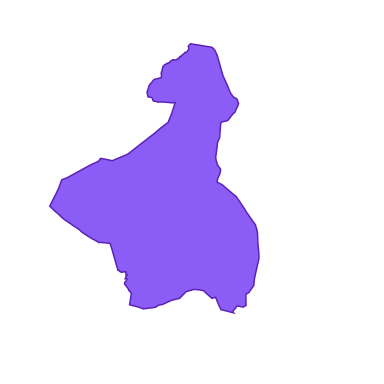 the district of Santo Tomás Ocotepec, Oaxaca, Mexico, rotated 127°
{"feature_id": "50627088B23444844999779", "entity_name": "Santo Tomás Ocotepec", "entity_type": "district", "adm_level": 2, "iso_a3": "MEX", "parent_name": "Mexico", "parent_adm1": "Oaxaca", "projection": "orthographic", "projection_center": [-97.795, 17.12], "detail": "fine", "context": "isolated", "style": "filled", "palette": "violet", "viewbox_px": 384, "rotation_deg": 127, "n_neighbors": 0, "source": "geoboundaries", "source_scale": "gbopen_adm2", "svg_char_len": 3950}
<svg xmlns="http://www.w3.org/2000/svg" viewBox="0 0 384 384"><g transform="rotate(127 192 192)"><path d="M309.2,179.6L311.7,178.2L317.0,175.4L319.6,174.1L318.5,171.1L317.2,168.3L315.7,164.3L315.1,162.4L314.8,160.7L306.2,151.9L302.2,150.4L299.5,147.8L290.9,143.2L284.4,137.9L279.5,137.3L275.1,136.7L268.7,131.9L265.8,127.3L263.9,123.5L265.0,112.1L261.9,109.8L266.4,102.3L268.5,98.0L266.3,92.9L263.5,86.0L263.2,87.2L261.3,87.6L258.2,87.3L255.7,87.3L253.1,81.8L251.8,81.3L250.0,80.6L242.7,86.3L241.3,87.4L238.3,86.1L235.3,86.2L231.4,86.3L229.5,86.4L224.3,89.6L221.0,91.2L213.7,94.5L209.3,96.5L207.6,97.2L204.7,98.6L200.7,101.7L199.0,103.3L196.8,105.3L193.8,108.1L185.8,114.6L183.5,116.9L181.8,119.3L180.9,120.5L180.0,121.6L179.3,123.9L178.7,125.8L177.7,129.2L175.9,134.4L175.2,136.7L174.2,139.0L172.3,144.4L171.0,147.9L169.4,152.8L169.0,154.1L168.9,157.6L168.7,161.6L168.5,165.1L168.0,172.3L168.8,176.6L169.0,177.9L165.9,179.5L161.2,180.6L157.3,182.3L156.4,183.3L155.7,185.7L155.2,187.5L154.2,188.9L152.5,191.4L150.1,193.9L149.4,194.3L148.2,195.0L147.1,195.6L145.4,196.6L143.0,197.9L140.9,199.1L137.4,201.2L136.6,201.6L132.0,202.6L119.2,210.8L117.3,209.7L116.5,209.2L115.5,207.9L113.3,206.5L110.4,206.3L107.4,206.4L104.7,206.2L102.3,205.7L101.2,206.0L98.7,206.7L95.5,207.3L93.3,208.1L92.1,209.9L91.7,210.7L90.9,211.4L90.7,213.4L91.2,216.0L89.9,220.5L88.2,223.6L86.2,226.8L80.3,237.5L67.4,254.5L64.9,259.4L64.4,263.1L65.5,265.2L69.0,271.9L70.4,274.7L70.4,274.8L71.6,276.7L72.2,278.0L72.3,278.1L74.3,282.1L74.4,282.4L76.5,282.6L77.8,282.7L78.7,281.6L79.3,280.7L83.2,280.4L83.3,280.5L84.1,280.9L84.2,281.2L84.6,281.6L85.9,281.5L86.5,281.8L87.5,282.1L87.9,282.2L88.3,282.3L88.8,282.3L89.4,282.3L89.9,282.6L90.4,282.5L90.8,283.0L91.3,283.2L91.7,283.2L91.9,283.0L92.8,282.8L93.2,283.2L93.9,283.6L94.8,283.8L95.6,283.9L96.1,284.2L96.4,284.4L96.5,284.7L96.9,285.4L97.2,285.8L97.3,286.2L97.9,286.9L98.0,286.9L98.3,287.1L98.7,287.1L99.0,287.1L99.6,287.4L100.2,287.9L100.4,288.1L100.6,288.1L101.1,288.1L101.6,287.8L101.8,287.7L102.1,287.7L102.3,287.9L103.6,288.9L104.3,289.2L104.9,289.6L105.2,289.8L105.5,289.8L106.0,289.9L106.2,290.0L106.5,290.2L106.7,290.4L107.3,290.5L108.8,290.5L109.0,290.6L109.3,290.7L109.6,290.6L110.4,290.2L110.8,290.0L111.2,289.9L111.5,289.8L112.0,289.6L112.8,289.1L113.4,288.8L113.8,288.7L114.1,288.8L114.4,288.7L114.7,288.4L115.0,288.4L115.3,288.1L115.7,288.1L115.8,288.1L116.9,286.8L117.1,286.6L117.7,286.3L117.9,286.2L118.3,285.9L119.1,285.7L119.2,285.4L124.9,290.0L132.4,290.4L139.5,287.9L142.5,284.3L140.9,281.3L140.9,280.8L141.0,280.1L142.5,278.1L142.4,276.9L141.7,275.9L141.3,275.4L141.1,274.4L141.0,273.7L139.4,271.8L138.9,271.1L138.1,270.2L132.6,261.3L130.8,259.4L131.0,259.2L131.4,259.0L140.9,255.7L144.2,254.7L149.0,253.5L150.1,252.9L154.1,253.9L156.9,254.7L159.3,255.4L163.3,256.3L165.3,256.7L170.8,258.1L174.0,259.0L178.6,260.2L182.4,261.3L189.6,263.2L193.5,264.2L200.0,266.0L201.9,266.9L208.2,270.6L212.0,272.8L215.0,274.5L217.5,279.9L218.9,282.8L220.1,285.2L223.9,285.2L231.9,289.6L236.0,291.4L244.2,295.1L248.2,296.9L256.1,300.5L257.8,301.6L260.7,303.4L262.2,302.9L265.2,302.0L269.4,300.7L275.6,299.5L284.1,298.0L288.9,297.1L289.8,289.9L290.0,285.8L290.7,280.5L290.8,276.4L290.6,273.4L290.3,266.3L289.9,259.3L290.3,255.7L290.3,254.7L289.9,248.9L289.4,243.3L289.2,242.3L288.8,239.6L288.6,238.0L288.4,235.9L287.5,235.0L285.9,232.4L282.3,226.6L285.8,221.6L299.2,203.9L298.9,203.4L298.4,203.0L298.5,202.3L298.9,201.9L298.7,200.6L298.4,200.3L298.4,199.4L297.2,198.9L296.4,197.7L295.7,197.5L295.5,196.9L295.8,196.7L296.1,196.2L296.5,196.1L296.8,195.8L297.3,195.6L297.5,195.0L297.2,194.0L297.9,193.7L298.8,194.2L299.5,193.7L300.5,193.3L301.3,193.2L300.6,192.6L300.6,191.5L301.3,191.4L301.6,191.5L302.4,191.0L303.1,191.1L303.9,191.2L305.1,191.3L305.9,190.6L306.1,190.2L306.3,189.9L306.7,187.7L307.0,187.4L307.1,187.2L307.6,184.9L308.0,184.0L308.6,183.4L309.2,179.6Z" fill="#8b5cf6" stroke="#5b21b6" stroke-width="1.5"/></g></svg>